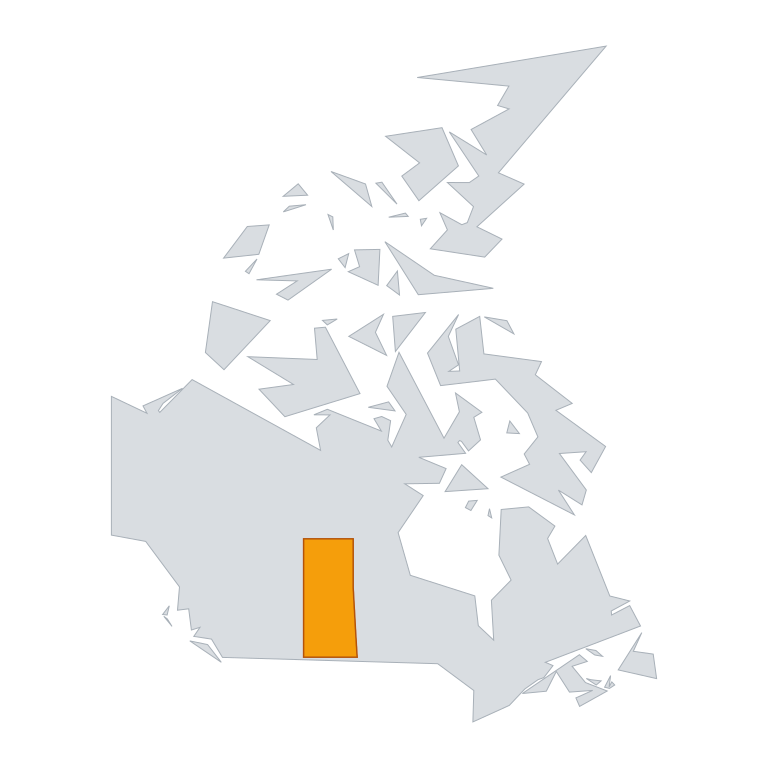 location of Saskatchewan within Canada
{"feature_id": "CAN-631", "entity_name": "Saskatchewan", "entity_type": "Province", "adm_level": 1, "iso_a3": "CAN", "parent_name": "Canada", "parent_adm1": "", "projection": "mercator", "projection_center": [-105.491, 54.496], "detail": "fine", "context": "in_parent", "style": "filled", "palette": "amber", "viewbox_px": 768, "rotation_deg": 0, "n_neighbors": 0, "source": "natural_earth", "source_scale": "10m", "svg_char_len": 5434}
<svg xmlns="http://www.w3.org/2000/svg" viewBox="0 0 768 768"><path d="M179.5,586.9L145.7,541.4L111.4,535.1L111.4,396.4L147.0,413.3L143.0,405.9L182.5,388.3L163.0,403.4L158.4,410.6L159.8,412.4L192.1,379.6L320.6,450.4L316.3,427.8L330.0,414.9L313.9,414.8L327.4,409.3L381.4,431.1L374.0,418.7L381.7,416.5L390.6,420.7L387.8,440.2L391.7,447.0L406.2,414.4L387.0,386.3L399.0,352.3L444.0,438.2L459.4,411.8L455.5,393.0L481.9,412.3L473.8,417.3L480.5,439.9L468.5,450.9L461.5,441.4L459.6,440.5L457.9,442.5L465.6,453.3L418.8,457.3L446.1,468.6L439.4,483.3L404.7,483.8L423.2,495.6L398.1,532.6L410.3,575.3L474.8,595.9L478.3,625.7L493.7,640.2L491.4,600.2L511.1,580.1L498.9,555.2L501.2,509.5L528.7,506.9L554.9,526.1L547.6,538.5L557.6,564.1L585.7,535.5L609.8,596.0L629.7,601.0L611.2,611.0L611.6,615.0L629.7,605.6L640.5,626.0L545.3,662.3L553.0,665.6L543.8,677.6L538.0,679.7L524.9,688.9L509.3,705.4L472.9,721.9L473.8,690.5L437.7,663.7L222.5,657.4L211.5,639.1L193.8,636.4L200.0,627.3L191.4,630.0L188.7,608.8L177.5,610.2L179.5,586.9ZM448.8,371.4L459.7,371.0L455.8,329.2L479.7,316.4L483.9,353.9L541.5,361.6L535.3,374.8L572.2,403.4L555.9,410.3L605.6,446.5L591.3,472.6L580.1,460.1L586.1,451.7L559.4,453.5L586.3,490.0L582.0,504.9L558.4,490.1L574.4,514.9L500.9,477.1L529.6,464.3L524.2,454.0L537.9,436.9L527.7,413.0L495.4,379.1L440.6,385.6L427.5,353.1L458.6,314.5L448.3,336.4L458.5,364.8L448.8,371.4ZM417.2,77.5L606.1,46.1L498.4,172.8L524.1,184.1L476.9,226.8L502.0,239.1L484.7,257.1L430.3,248.8L447.4,229.9L439.9,212.7L461.8,224.7L467.3,222.6L473.5,206.6L447.4,182.5L469.3,182.6L478.8,176.0L449.3,131.9L486.7,155.0L471.1,129.5L509.1,108.9L497.6,105.5L508.9,86.1L417.2,77.5ZM247.9,356.7L317.2,359.5L314.5,328.2L325.4,327.2L360.0,393.6L284.9,416.7L259.0,389.2L293.5,384.5L247.9,356.7ZM569.5,692.1L556.3,671.5L546.3,691.2L522.4,693.5L579.4,654.7L587.3,661.4L572.1,666.3L585.5,682.6L607.2,691.0L579.6,706.4L575.9,697.9L592.7,690.4L569.5,692.1ZM212.5,301.7L270.2,320.6L224.0,369.7L205.4,352.5L212.5,301.7ZM385.6,136.3L442.0,127.7L458.4,165.9L418.9,200.7L401.8,176.1L419.6,162.9L385.6,136.3ZM384.9,241.7L434.3,275.3L493.3,288.3L418.3,294.7L384.9,241.7ZM256.5,279.8L331.6,269.2L288.0,300.1L276.5,294.2L297.2,280.9L256.5,279.8ZM641.8,632.6L633.3,651.3L653.2,654.1L656.6,678.6L618.2,669.9L641.8,632.6ZM348.8,336.4L383.5,314.3L375.4,332.3L386.6,355.4L348.8,336.4ZM445.1,491.6L461.7,464.7L488.0,488.7L445.1,491.6ZM392.7,316.4L425.4,312.5L395.4,351.5L392.7,316.4ZM269.2,224.9L258.8,254.3L223.6,258.1L247.3,226.5L269.2,224.9ZM379.9,249.4L378.1,285.3L348.3,271.7L359.6,266.7L354.5,249.9L379.9,249.4ZM331.0,171.5L365.5,184.0L371.8,206.5L331.0,171.5ZM189.8,640.9L207.6,644.6L221.3,662.3L189.8,640.9ZM484.3,316.9L506.9,320.7L513.9,333.9L484.3,316.9ZM368.3,407.3L388.6,401.9L395.0,410.9L368.3,407.3ZM397.4,271.0L399.5,295.0L386.7,285.6L397.4,271.0ZM381.9,182.2L397.0,204.1L375.9,183.2L381.9,182.2ZM509.8,421.0L519.4,433.6L506.8,432.9L509.8,421.0ZM289.3,206.2L306.0,204.7L283.3,211.9L289.3,206.2ZM337.2,319.0L327.3,324.9L322.5,320.4L337.2,319.0ZM610.6,675.6L609.1,686.9L611.8,681.9L614.7,685.0L609.5,688.4L604.6,687.2L610.6,675.6ZM298.2,183.8L307.6,195.2L283.2,196.3L298.2,183.8ZM602.5,656.3L594.8,655.0L585.8,648.7L595.9,650.5L602.5,656.3ZM477.2,500.4L470.9,510.5L465.4,507.6L468.7,501.1L477.2,500.4ZM162.6,614.5L169.3,605.8L167.1,615.0L162.6,614.5ZM388.7,217.2L405.4,213.1L408.2,216.4L388.7,217.2ZM348.7,253.6L345.1,267.6L338.3,258.8L348.7,253.6ZM586.3,678.5L590.8,679.7L601.1,680.9L596.2,685.0L586.3,678.5ZM489.5,508.7L491.7,517.9L488.0,515.6L489.5,508.7ZM257.0,259.0L249.0,273.7L245.4,271.3L257.0,259.0ZM426.6,218.3L421.5,225.8L420.3,219.3L426.6,218.3ZM332.8,216.9L333.3,230.0L328.0,214.5L332.8,216.9ZM163.8,616.3L167.4,619.0L172.0,626.4L163.8,616.3Z" fill="#d9dde1" stroke="#a8b0b8" stroke-width="1"/><path d="M340.5,657.2L339.6,657.2L338.3,657.2L336.9,657.2L335.6,657.2L334.3,657.2L332.8,657.2L331.5,657.2L330.1,657.2L328.7,657.2L327.4,657.2L326.0,657.2L324.7,657.2L323.3,657.2L321.9,657.2L320.6,657.2L319.2,657.2L317.8,657.2L316.5,657.2L315.1,657.2L313.8,657.2L312.4,657.2L311.0,657.2L309.7,657.2L308.3,657.2L306.9,657.2L305.6,657.2L304.2,657.2L303.6,657.2L303.6,653.9L303.6,650.6L303.6,647.3L303.6,644.0L303.6,640.6L303.6,637.3L303.6,633.9L303.6,630.4L303.6,627.0L303.6,623.5L303.6,620.0L303.6,616.4L303.6,612.9L303.6,609.3L303.6,605.7L303.6,602.0L303.6,598.3L303.6,594.6L303.6,590.9L303.6,587.1L303.6,583.3L303.6,579.4L303.6,575.5L303.6,571.6L303.6,567.6L303.6,563.6L303.6,559.6L303.6,555.5L303.6,551.4L303.6,547.3L303.6,543.1L303.6,538.8L306.7,538.8L309.8,538.8L312.9,538.8L316.0,538.8L319.1,538.8L322.2,538.8L325.3,538.8L328.4,538.8L331.5,538.8L334.6,538.8L337.7,538.8L340.8,538.8L343.9,538.8L347.0,538.8L350.1,538.8L353.2,538.8L353.2,540.2L353.2,541.6L353.2,543.0L353.2,544.4L353.2,551.3L353.2,558.1L353.2,564.7L353.2,571.3L353.2,575.5L353.2,579.6L353.2,583.7L353.2,587.7L353.3,590.1L353.5,592.4L353.6,594.8L353.7,597.1L353.8,599.4L354.0,601.7L354.1,604.0L354.2,606.2L354.3,608.5L354.5,610.7L354.6,613.0L354.7,615.2L354.8,617.4L355.0,619.6L355.1,621.8L355.2,624.0L355.3,626.2L355.4,628.3L355.6,630.5L355.7,632.6L355.8,634.7L355.9,636.9L356.1,639.0L356.2,641.1L356.3,643.2L356.4,645.3L356.6,647.3L356.7,649.4L356.8,651.4L356.9,653.5L357.1,655.5L357.2,657.2L356.0,657.2L354.6,657.2L353.3,657.2L351.9,657.2L350.6,657.2L349.2,657.2L347.8,657.2L346.5,657.2L345.1,657.2L343.7,657.2L342.4,657.2L341.0,657.2L340.5,657.2Z" fill="#f59e0b" stroke="#b45309" stroke-width="1.5"/></svg>